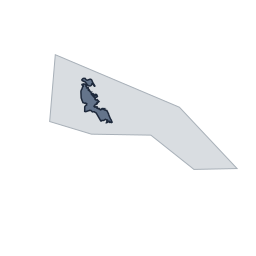 location of Central 1 Mahe, Seychelles, rotated 318°
{"feature_id": "34574756B27990728867894", "entity_name": "Central 1 Mahe", "entity_type": "district", "adm_level": 2, "iso_a3": "SYC", "parent_name": "Seychelles", "parent_adm1": "", "projection": "equal_earth", "projection_center": [55.458, -4.627], "detail": "fine", "context": "in_parent", "style": "filled", "palette": "slate", "viewbox_px": 256, "rotation_deg": 318, "n_neighbors": 0, "source": "geoboundaries", "source_scale": "gbopen_adm2", "svg_char_len": 4749}
<svg xmlns="http://www.w3.org/2000/svg" viewBox="0 0 256 256"><g transform="rotate(318 128 128)"><path d="M180.1,147.0L181.9,231.1L149.3,202.9L140.2,148.6L96.7,108.1L74.1,70.8L123.0,24.9L180.1,147.0Z" fill="#d9dde1" stroke="#a8b0b8" stroke-width="1"/><path d="M126.1,67.4L125.9,67.1L125.6,67.0L125.3,66.9L124.8,65.9L124.8,65.7L124.5,65.7L124.0,65.2L123.9,65.3L123.6,65.8L123.3,65.9L123.0,65.9L122.9,65.8L122.7,65.3L122.6,65.5L122.7,66.0L123.1,66.3L123.0,66.7L123.0,66.8L122.8,67.0L122.6,66.8L121.9,67.1L120.7,67.7L119.9,68.2L118.4,68.7L117.4,69.4L113.4,74.2L113.1,74.8L112.7,75.9L112.2,76.9L112.1,77.5L111.6,78.8L111.5,79.0L111.8,79.4L112.0,79.8L112.4,80.6L112.8,80.9L113.2,81.1L113.2,81.3L113.4,81.7L113.5,82.3L113.4,82.3L113.0,82.6L112.8,83.0L112.7,83.2L112.1,83.0L111.5,83.0L111.0,83.0L110.5,83.2L110.0,83.3L106.9,86.7L107.5,87.6L111.3,89.2L111.3,89.4L112.2,90.1L112.3,92.2L112.7,92.4L113.8,93.3L113.9,94.0L114.4,95.6L113.0,102.2L112.8,103.2L112.5,104.6L112.7,104.9L113.3,104.8L113.8,104.9L114.2,105.5L114.7,105.9L115.3,106.2L115.8,106.2L116.1,106.3L117.0,106.4L117.1,106.6L117.4,107.3L117.6,108.0L118.0,108.3L117.8,108.5L117.4,108.6L117.1,108.6L116.8,109.0L115.5,109.6L115.7,109.8L116.4,110.0L116.7,109.8L116.8,109.8L117.2,110.1L117.3,110.2L117.6,110.3L117.9,110.1L118.2,110.1L118.1,110.5L118.4,110.8L118.3,111.0L118.6,111.0L118.5,111.3L118.3,111.8L118.4,112.0L118.5,112.1L118.6,112.3L118.6,112.1L118.5,111.9L118.5,111.7L118.8,111.7L118.8,111.8L118.7,111.8L118.9,112.1L119.4,112.6L119.4,112.9L120.1,113.0L121.0,110.3L121.0,109.6L121.3,108.9L121.4,108.4L121.6,107.9L121.9,107.0L122.3,105.9L122.3,105.6L122.8,104.7L123.0,104.5L123.1,103.9L123.3,103.3L123.6,102.2L123.8,101.6L123.9,101.0L123.7,101.0L123.6,100.7L123.5,100.4L123.4,99.6L123.2,99.3L122.9,99.3L122.8,98.9L122.7,98.8L122.6,98.5L122.4,98.1L122.5,98.0L122.6,97.9L122.5,97.6L122.3,97.3L122.2,97.2L122.6,97.3L123.0,97.4L122.7,97.1L122.5,96.8L122.3,96.6L121.7,96.2L121.4,96.4L120.9,96.1L120.7,96.5L120.4,96.3L120.2,96.2L119.8,96.2L119.6,96.0L119.4,94.8L119.5,94.7L119.6,94.4L119.6,94.0L119.5,93.9L119.2,93.7L119.2,93.8L118.9,93.8L118.9,93.7L118.8,93.4L118.7,93.2L118.4,93.0L118.3,92.7L118.2,92.5L118.3,92.4L118.4,92.2L118.5,92.0L119.1,91.9L119.2,91.7L118.7,91.3L118.5,90.8L118.3,90.7L118.1,90.6L117.8,90.4L117.6,90.6L117.4,90.5L117.3,90.3L117.3,90.2L117.4,89.5L117.2,89.3L117.3,89.1L118.2,88.9L118.4,88.8L118.5,88.8L119.0,88.9L119.3,88.8L119.5,88.7L119.6,88.8L119.7,88.7L120.2,89.1L120.3,89.0L120.6,89.1L120.8,89.3L121.2,89.4L121.4,89.4L121.5,89.3L121.6,89.1L121.6,88.9L121.8,89.0L121.9,88.9L122.0,88.7L122.1,88.9L122.4,88.9L122.5,88.9L122.8,88.9L123.1,88.9L123.3,88.5L123.8,88.8L124.1,88.9L124.1,86.4L123.9,86.4L123.5,86.4L123.2,86.1L123.2,85.9L123.1,86.1L123.1,85.9L122.9,85.6L122.8,85.2L123.1,85.0L123.1,84.9L123.0,84.7L122.9,84.9L122.7,84.9L122.7,84.5L122.8,84.3L123.0,84.1L123.2,83.9L123.9,83.9L124.0,83.7L124.4,83.6L125.0,83.8L125.3,84.1L125.8,84.1L126.0,84.1L126.5,84.0L126.7,83.1L126.8,83.0L127.0,82.3L127.0,82.2L126.9,82.0L126.9,81.8L126.8,81.7L126.8,81.9L126.5,81.8L126.3,81.8L126.2,81.8L126.1,81.7L125.9,82.1L125.7,82.2L125.0,81.5L125.0,81.4L124.9,81.2L125.1,81.1L125.2,80.9L124.8,80.3L124.7,80.4L124.6,80.2L125.0,79.6L125.0,79.0L124.9,78.8L124.4,78.5L124.1,78.6L124.0,78.9L123.8,80.0L123.8,82.7L123.7,83.0L123.4,83.0L123.4,82.9L123.6,82.9L123.6,82.6L123.6,82.4L123.4,82.3L123.4,80.9L123.4,79.8L123.4,79.7L123.4,78.4L124.1,77.3L124.3,76.7L124.5,76.7L124.4,76.6L124.5,76.2L124.4,76.0L124.2,76.0L124.1,75.7L124.1,75.4L124.3,75.3L124.4,75.2L124.5,74.6L124.6,74.2L124.2,74.2L124.0,73.9L124.5,73.9L124.6,73.5L124.7,73.1L124.4,72.9L124.4,72.7L124.5,72.7L124.6,72.4L124.9,72.1L124.9,71.9L125.0,71.6L125.1,71.4L124.9,71.4L124.7,71.2L124.8,71.2L124.7,71.0L124.8,70.9L125.0,70.9L124.9,70.8L124.9,70.7L124.7,70.4L124.7,70.5L124.6,70.4L124.7,70.2L124.8,70.1L124.7,69.9L124.8,69.7L124.7,69.7L124.7,69.4L124.8,69.4L125.0,69.2L124.8,69.1L125.0,68.9L125.1,69.0L125.2,68.9L125.2,68.7L125.3,68.6L125.1,68.5L125.1,68.4L125.2,68.1L125.3,67.9L125.7,68.4L126.0,68.0L125.9,67.8L126.0,67.8L126.1,67.4ZM132.4,66.3L129.9,65.3L129.7,65.2L129.4,64.7L129.2,64.4L129.1,63.9L129.2,63.5L129.3,62.8L129.3,62.5L129.3,62.4L129.2,62.3L128.1,61.3L127.9,61.2L127.6,61.1L126.4,61.2L126.2,61.2L126.0,61.3L125.9,61.4L125.8,61.6L125.7,62.0L125.7,62.3L126.9,64.8L127.0,65.3L127.0,65.9L126.7,68.8L126.7,69.3L126.9,69.7L127.4,70.7L127.6,71.0L128.0,71.4L128.4,71.6L128.6,71.6L129.0,71.7L129.6,71.6L130.7,71.0L131.0,70.9L131.2,71.0L131.6,71.3L131.7,71.6L131.4,72.0L131.2,72.3L131.2,72.6L131.1,73.2L131.1,73.7L131.0,74.3L131.0,74.5L131.3,74.7L131.5,74.6L131.6,74.3L132.1,71.3L132.6,69.6L133.0,68.5L133.1,68.3L133.1,67.7L133.1,67.3L132.9,66.9L132.7,66.6L132.4,66.3Z" fill="#64748b" stroke="#1e293b" stroke-width="1.5"/></g></svg>